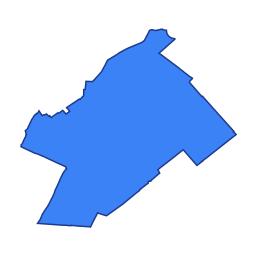 Cuza Voda, Constanta, Romania (Equal Earth projection), rotated 177°
{"feature_id": "2599482B95027608371455", "entity_name": "Cuza Voda", "entity_type": "district", "adm_level": 2, "iso_a3": "ROU", "parent_name": "Romania", "parent_adm1": "Constanta", "projection": "equal_earth", "projection_center": [28.324, 44.307], "detail": "fine", "context": "isolated", "style": "filled", "palette": "blue", "viewbox_px": 256, "rotation_deg": 177, "n_neighbors": 0, "source": "geoboundaries", "source_scale": "gbopen_adm2", "svg_char_len": 4556}
<svg xmlns="http://www.w3.org/2000/svg" viewBox="0 0 256 256"><g transform="rotate(177 128 128)"><path d="M223.3,37.5L223.1,37.5L219.6,37.0L212.1,36.1L208.2,35.6L204.4,35.1L203.0,35.0L202.7,34.9L200.4,34.6L199.8,34.5L198.1,34.4L196.4,34.2L195.4,34.1L194.4,34.0L193.2,33.8L191.7,33.6L190.3,33.4L189.9,33.9L189.5,33.7L186.6,33.3L184.2,32.9L182.1,32.6L180.9,32.5L179.2,32.3L177.0,32.0L174.3,31.7L172.0,31.5L170.6,31.1L167.5,36.8L162.6,45.0L161.4,44.3L161.1,44.1L159.6,43.5L156.7,42.4L154.2,41.5L153.7,41.7L152.6,42.4L151.7,43.0L151.1,43.4L147.0,46.0L138.9,51.2L138.4,51.5L137.3,52.2L136.3,52.9L136.0,53.1L132.6,55.7L127.3,59.6L123.5,62.4L121.5,63.8L119.7,65.0L119.6,65.6L119.5,65.8L119.1,66.0L116.2,68.1L114.5,69.3L112.9,70.4L111.7,71.2L111.2,71.5L110.8,71.6L110.5,73.0L110.4,73.6L109.7,73.6L108.2,73.7L108.3,74.0L108.2,74.0L103.2,77.9L98.8,81.2L98.7,81.3L100.2,84.6L100.3,84.8L99.1,85.7L99.0,85.8L96.9,87.3L93.3,89.8L85.4,95.3L83.1,96.9L80.6,98.7L77.0,101.3L74.5,103.0L74.0,103.4L73.8,103.2L67.5,95.1L61.1,87.0L55.8,90.7L55.4,90.9L55.6,91.1L50.2,94.7L43.4,99.6L40.1,101.9L35.3,105.3L33.0,106.9L26.5,111.5L21.5,115.0L20.8,115.5L20.4,115.7L20.3,115.8L20.4,116.0L22.0,117.8L22.4,118.2L22.8,118.3L23.0,118.4L23.0,118.6L22.8,118.9L22.5,119.2L23.2,120.0L24.3,121.4L25.0,122.3L26.0,123.5L26.5,124.1L26.7,124.4L26.9,124.6L27.1,124.8L27.3,125.1L27.5,125.4L28.0,125.9L29.7,128.1L30.1,128.6L32.8,131.9L35.3,135.0L38.2,138.6L39.3,140.0L40.5,141.5L40.8,141.8L51.8,155.6L52.0,155.8L52.5,155.4L53.2,156.3L60.1,165.1L64.3,170.4L63.5,171.9L62.3,172.9L61.3,173.8L61.1,174.3L61.3,174.5L61.6,174.9L62.5,175.4L63.4,175.9L64.1,176.4L65.9,178.1L68.9,180.6L69.4,181.1L70.1,181.8L73.1,184.3L74.1,185.3L77.1,187.8L81.3,191.3L87.2,196.2L89.5,198.2L92.0,200.2L92.8,200.9L93.1,201.1L92.3,201.7L89.5,203.9L86.6,206.2L79.9,211.6L76.8,214.0L76.5,214.3L76.5,214.6L76.8,214.8L77.3,214.9L78.0,215.0L78.6,215.2L79.2,215.4L79.8,215.6L80.7,216.1L81.7,216.8L82.6,217.7L83.2,218.5L83.7,219.4L84.1,220.3L84.3,221.0L84.4,221.8L84.5,223.0L84.5,223.6L85.2,223.5L87.3,224.2L87.9,224.2L88.1,224.6L88.4,224.8L89.0,224.9L89.7,224.9L91.6,224.5L92.9,224.3L93.6,224.0L94.6,224.2L95.2,223.9L96.7,224.1L97.8,224.7L98.3,224.8L99.5,224.9L101.4,224.3L103.5,220.5L103.8,220.0L104.4,219.2L105.5,217.2L106.7,215.1L107.0,214.7L108.2,213.7L108.9,213.2L109.6,212.8L110.8,212.4L111.5,212.0L112.1,211.9L117.4,210.0L124.6,207.4L125.5,207.0L126.3,206.6L128.7,205.5L131.8,204.0L133.3,203.3L133.9,202.7L134.0,202.6L134.4,202.4L137.5,200.7L141.0,198.9L141.8,198.4L143.6,197.5L143.7,197.4L144.2,197.2L144.9,196.8L145.0,196.7L145.1,196.4L145.2,196.2L145.7,195.4L145.9,195.1L146.0,194.8L146.1,194.6L146.7,193.6L146.8,193.4L147.3,192.4L147.9,191.4L148.1,191.1L148.6,190.4L149.2,189.4L151.2,186.1L151.9,185.2L152.1,184.8L152.5,184.5L153.1,184.0L153.3,183.8L153.7,183.3L154.8,182.2L156.1,180.9L157.2,179.9L158.0,179.0L159.2,177.9L160.0,177.1L160.5,176.8L160.7,176.6L161.1,176.3L161.3,176.2L162.5,176.3L164.1,176.5L165.6,176.6L167.5,176.8L168.1,172.7L168.8,168.6L170.2,168.7L170.6,162.5L171.3,162.1L173.3,160.1L174.5,159.0L175.1,159.5L178.8,157.2L182.3,155.2L185.0,153.5L188.2,151.6L188.3,151.5L187.6,150.7L185.3,147.8L189.2,145.2L190.6,147.0L192.1,148.8L192.3,149.0L193.6,148.1L194.9,147.3L195.6,146.9L196.8,146.5L197.1,146.7L197.3,146.8L197.5,146.7L200.8,144.6L204.1,142.5L205.6,144.4L206.5,143.8L207.8,145.4L208.8,146.3L211.0,145.2L211.5,145.6L213.1,144.9L216.0,149.8L217.7,147.1L218.5,147.3L218.8,147.3L219.4,146.4L219.9,146.2L220.3,145.9L221.4,144.8L222.3,143.2L223.6,141.6L224.5,139.9L225.6,138.0L226.1,136.9L227.4,134.6L228.2,132.9L229.3,131.6L230.3,131.0L230.7,130.7L229.8,126.7L230.3,126.5L230.4,126.0L230.5,125.5L230.7,124.8L230.8,124.5L231.1,124.0L231.7,123.2L233.0,120.7L233.8,119.0L234.7,117.5L235.4,116.8L235.7,116.6L235.7,115.4L235.4,115.0L235.6,114.8L235.1,114.5L232.7,113.2L230.4,112.0L222.0,107.5L221.5,107.4L221.0,107.3L219.4,106.7L217.1,105.5L213.5,103.8L209.1,101.4L203.4,98.4L200.7,96.9L196.7,94.9L194.4,93.7L192.2,92.5L192.0,92.3L191.9,92.0L192.1,91.3L192.0,90.9L191.5,90.4L192.9,89.2L194.6,87.2L195.6,85.6L196.1,84.7L196.6,83.7L197.3,82.6L198.6,80.1L199.5,78.1L200.0,77.2L201.7,73.9L202.9,71.6L203.5,70.7L204.1,69.4L204.8,67.4L205.6,65.7L205.9,65.2L206.3,64.2L206.8,63.3L207.3,62.5L208.1,61.4L208.3,61.0L208.4,60.7L208.5,60.6L209.0,59.7L210.5,57.0L210.6,56.7L211.4,55.5L212.1,54.4L213.0,53.1L214.3,51.5L215.1,50.4L215.6,49.8L216.0,49.3L216.5,48.5L217.0,47.7L218.1,46.3L218.3,46.0L218.5,45.3L218.5,45.2L220.9,40.5L221.7,39.8L222.5,38.6L223.3,37.5Z" fill="#3b82f6" stroke="#1e3a8a" stroke-width="1.5"/></g></svg>